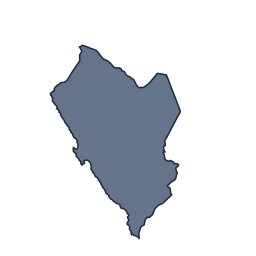 an SVG outline of Antofagasta, rotated 322°
{"feature_id": "CHL-2695", "entity_name": "Antofagasta", "entity_type": "Region", "adm_level": 1, "iso_a3": "CHL", "parent_name": "Chile", "parent_adm1": "", "projection": "mercator", "projection_center": [-69.6, -23.478], "detail": "fine", "context": "isolated", "style": "filled", "palette": "slate", "viewbox_px": 256, "rotation_deg": 322, "n_neighbors": 0, "source": "natural_earth", "source_scale": "10m", "svg_char_len": 5263}
<svg xmlns="http://www.w3.org/2000/svg" viewBox="0 0 256 256"><g transform="rotate(322 128 128)"><path d="M139.7,34.2L140.4,34.6L140.9,34.7L142.3,34.6L143.0,34.8L143.5,35.3L150.6,47.1L151.0,48.7L150.9,57.5L151.2,58.7L153.3,62.6L154.0,65.4L154.3,71.4L154.5,71.9L154.8,72.3L155.6,73.1L157.2,74.7L157.9,75.1L158.5,75.9L158.9,76.8L159.0,77.6L158.9,77.9L158.5,78.5L158.4,78.8L158.5,79.2L159.4,80.6L159.7,81.5L159.8,82.2L159.2,84.5L159.2,85.2L159.4,85.9L160.7,88.3L161.0,89.1L161.3,90.9L162.3,93.0L162.3,93.7L161.2,99.1L161.2,102.0L161.4,102.9L161.8,103.4L163.0,103.7L163.9,104.8L164.2,105.1L165.3,105.5L170.5,105.8L172.9,105.6L174.1,105.4L184.8,103.0L190.8,109.6L190.7,110.7L190.1,112.7L187.7,120.5L185.3,128.3L183.0,136.1L182.8,136.5L181.7,140.2L180.6,143.9L179.9,146.3L179.1,147.4L177.4,148.4L176.1,148.9L175.8,149.0L175.1,149.3L174.4,149.5L174.1,149.7L169.9,151.5L165.7,153.4L161.5,155.3L157.2,157.2L155.5,157.9L153.9,158.7L152.2,159.4L150.5,160.1L149.3,160.6L148.7,161.0L148.6,161.3L148.2,162.3L147.0,164.4L146.6,164.8L145.9,164.8L145.4,164.6L144.8,164.5L144.2,164.8L142.8,167.8L142.6,168.9L142.4,169.6L142.0,169.4L141.3,168.5L140.9,168.6L140.6,169.0L140.4,169.5L140.4,170.1L140.0,171.3L138.3,174.8L138.1,175.6L138.1,176.3L138.9,178.3L139.0,178.5L139.3,178.8L140.1,179.3L140.4,179.5L141.1,179.5L141.4,179.7L141.6,180.0L141.9,180.5L141.7,180.9L141.8,181.0L142.3,181.5L142.6,182.0L142.8,182.4L142.7,182.8L142.6,184.2L143.4,185.3L144.5,186.3L145.2,187.2L145.2,188.0L144.8,188.5L144.1,188.8L143.4,188.9L142.7,188.9L142.1,188.8L141.6,188.8L141.0,189.2L140.8,189.4L140.2,190.2L138.9,194.2L138.1,194.4L137.6,194.6L136.9,195.2L135.1,196.8L134.3,197.2L133.4,197.5L132.2,197.7L131.1,197.6L129.4,197.2L128.6,197.2L127.8,197.3L126.2,197.6L123.8,197.7L123.7,197.7L123.5,198.0L123.3,198.4L123.2,198.9L123.3,199.3L123.5,199.6L123.8,200.0L124.0,200.5L124.1,200.9L124.0,201.3L123.9,201.7L123.9,201.9L123.0,203.1L121.7,205.5L121.5,206.1L121.3,206.8L121.2,207.6L109.0,208.8L104.7,207.6L99.9,208.1L97.9,209.2L94.1,211.3L89.7,211.7L88.3,210.3L85.1,210.9L81.0,214.3L79.2,213.9L76.7,214.1L71.5,217.8L69.0,221.7L68.7,221.8L68.8,221.1L68.7,219.8L68.2,218.7L67.7,217.8L66.6,216.5L66.4,215.8L66.3,214.8L66.2,214.6L65.5,214.4L65.2,214.4L65.4,213.4L65.7,212.5L66.5,212.3L66.8,211.1L66.7,210.0L66.8,209.2L67.0,208.3L67.4,207.8L68.2,207.6L68.7,206.7L68.6,205.1L68.5,204.7L68.2,204.0L68.1,203.6L68.2,203.1L68.3,202.9L69.1,202.2L69.4,202.2L69.8,202.1L70.4,201.8L71.5,201.0L72.0,200.9L72.2,200.4L72.5,198.4L72.8,197.8L74.0,197.8L74.4,197.6L74.7,197.3L74.8,196.9L75.0,196.6L75.1,196.2L75.1,195.8L74.8,195.2L74.9,194.8L75.3,193.7L75.5,192.2L75.4,190.6L75.0,189.1L74.2,187.8L73.6,187.5L73.3,187.3L73.2,186.9L73.3,186.5L73.4,186.0L73.4,185.7L73.6,184.9L74.0,184.1L74.3,183.4L74.2,182.5L72.5,180.4L72.3,179.5L72.2,178.7L71.6,177.2L71.4,176.4L71.4,174.7L71.3,174.3L70.8,173.6L70.7,173.4L70.7,170.5L71.4,168.7L71.3,168.3L71.2,168.0L71.0,167.1L70.8,166.8L70.6,166.6L70.5,166.2L70.5,165.7L70.7,165.2L70.9,164.9L71.2,164.1L71.4,162.9L71.8,161.7L71.6,160.6L71.6,160.4L71.4,160.0L71.4,159.8L71.6,159.7L71.8,159.5L71.8,159.3L71.7,158.9L71.6,158.4L71.9,158.1L72.1,157.6L72.1,157.1L72.2,156.6L72.1,156.0L72.2,155.4L72.8,154.2L72.6,153.8L72.7,153.3L73.0,152.5L72.8,151.7L72.6,150.9L72.9,150.8L73.1,150.6L73.2,149.9L73.2,148.8L73.0,147.7L72.4,146.2L72.6,145.0L73.2,143.1L73.1,142.1L72.8,141.6L72.8,141.1L73.4,140.3L73.3,138.4L73.4,137.8L73.8,137.3L74.9,136.3L75.3,135.8L75.9,134.7L76.4,133.4L76.8,132.1L76.9,130.7L76.5,129.8L76.2,128.3L75.3,127.6L74.4,127.2L73.4,126.8L72.8,127.2L72.6,128.0L72.2,128.5L71.9,129.1L71.2,128.9L70.5,128.6L69.7,128.3L69.2,129.0L68.8,128.5L69.0,127.0L69.3,126.2L69.8,125.8L70.2,125.5L70.4,125.1L70.0,124.4L69.9,124.4L69.8,123.5L69.7,122.6L70.2,121.5L70.0,120.6L69.9,119.9L69.9,119.2L69.9,118.5L70.3,117.4L71.0,116.9L71.1,116.0L70.8,115.2L71.1,114.3L70.5,113.5L70.8,112.5L71.2,111.7L72.0,110.7L72.9,110.1L73.0,109.9L73.3,110.2L73.5,110.5L73.5,110.9L73.4,111.3L73.2,111.6L73.5,112.2L73.8,112.7L74.3,113.1L74.9,113.1L75.8,112.8L76.7,112.1L77.5,111.4L78.1,110.6L78.7,109.6L79.0,108.5L79.0,108.2L79.2,107.6L79.3,107.6L79.7,107.1L80.1,106.5L80.3,105.9L80.4,105.3L80.4,104.7L80.2,103.9L79.8,102.9L79.6,101.9L79.9,100.8L79.9,100.3L80.3,99.4L80.6,98.4L80.4,97.3L80.6,97.0L80.6,96.7L80.4,96.4L80.4,96.1L80.6,95.8L80.8,95.7L81.0,95.6L81.1,95.2L81.0,94.8L80.7,94.1L80.6,93.7L80.7,93.3L81.9,91.1L82.0,90.8L81.9,90.5L81.5,89.7L81.8,87.1L81.7,85.0L81.9,84.4L82.2,83.9L82.6,78.9L82.5,78.4L83.0,76.7L82.9,76.0L83.4,75.8L83.7,75.2L83.8,74.5L83.9,73.9L83.4,73.2L83.6,73.1L83.7,72.8L84.1,72.0L84.0,71.7L84.0,71.4L84.2,71.1L84.3,70.6L84.3,70.0L84.1,69.6L83.6,68.8L85.1,68.0L85.2,66.2L85.0,64.3L85.2,63.3L85.1,62.9L85.0,60.8L85.1,60.4L85.4,59.7L86.0,59.2L86.6,58.8L86.9,58.2L86.9,57.5L87.1,57.0L87.2,56.5L87.6,56.2L87.7,55.7L87.6,55.3L87.5,54.9L87.3,54.5L87.3,54.3L87.7,53.6L88.0,53.1L90.5,52.9L91.5,53.0L92.2,53.2L92.6,53.2L93.0,53.1L94.0,51.7L96.4,50.9L97.5,51.0L97.8,50.9L98.1,50.9L98.5,50.7L98.8,50.7L99.1,50.8L99.5,51.0L103.2,51.0L103.5,51.2L103.8,51.6L106.8,52.9L108.7,52.9L112.2,51.9L119.8,49.0L130.8,45.5L131.5,45.1L132.2,44.4L133.9,41.8L134.3,41.3L135.0,40.7L135.5,40.4L138.4,39.4L138.6,39.3L138.8,39.1L139.2,37.7L139.7,34.2L139.7,34.2Z" fill="#64748b" stroke="#1e293b" stroke-width="1.5"/></g></svg>